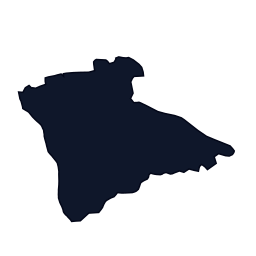 Koysinjaq, Arbil, Iraq, rotated 343°
{"feature_id": "34846034B1648663074204", "entity_name": "Koysinjaq", "entity_type": "district", "adm_level": 2, "iso_a3": "IRQ", "parent_name": "Iraq", "parent_adm1": "Arbil", "projection": "mercator", "projection_center": [44.518, 36.037], "detail": "fine", "context": "isolated", "style": "filled", "palette": "ink", "viewbox_px": 256, "rotation_deg": 343, "n_neighbors": 0, "source": "geoboundaries", "source_scale": "gbopen_adm2", "svg_char_len": 2181}
<svg xmlns="http://www.w3.org/2000/svg" viewBox="0 0 256 256"><g transform="rotate(343 128 128)"><path d="M222.0,182.4L222.9,181.0L222.0,178.4L220.4,175.0L215.3,170.9L207.1,164.3L200.6,158.9L194.1,150.8L184.1,136.5L182.0,133.9L179.7,132.2L176.9,130.2L176.0,129.6L167.6,125.0L161.3,121.0L157.4,117.2L152.7,112.6L147.4,107.7L146.0,106.6L144.1,106.3L140.9,105.4L139.0,100.5L143.0,96.2L143.7,89.0L144.1,84.7L146.7,81.8L148.8,80.4L150.4,80.8L158.1,82.7L158.8,78.9L158.8,74.0L157.1,70.3L153.0,64.5L149.2,60.8L146.7,60.5L143.7,59.3L139.9,57.3L136.7,57.6L136.7,58.5L133.9,61.1L129.0,61.1L127.9,58.2L126.7,56.5L122.3,54.9L117.7,53.2L116.2,53.6L114.5,54.7L114.0,56.6L113.5,59.7L112.9,63.4L106.8,63.2L98.8,60.9L92.0,59.1L85.1,57.6L82.0,57.2L81.5,59.7L79.8,56.8L79.1,56.8L75.6,56.6L73.2,56.6L66.7,55.9L63.5,55.9L62.5,59.1L62.1,62.2L56.4,62.4L51.4,63.0L48.4,61.6L47.5,61.6L45.8,58.4L41.6,59.5L37.9,63.2L33.9,61.6L33.2,68.6L33.6,71.3L33.4,77.0L33.1,78.6L35.3,81.1L36.9,82.8L37.8,84.0L39.0,87.0L40.0,89.5L41.5,92.4L42.3,93.8L42.8,94.7L44.5,97.4L45.7,99.6L46.2,101.5L46.3,103.2L46.7,105.3L46.3,107.5L46.0,109.8L45.5,111.3L45.3,114.4L45.2,119.0L45.0,121.5L44.8,127.3L45.7,129.6L47.2,132.7L47.5,133.6L49.4,138.3L50.2,140.6L50.0,144.7L49.2,149.5L48.4,151.8L46.5,158.6L45.3,162.2L43.5,166.7L43.0,168.4L42.0,171.3L41.5,173.4L41.1,174.6L41.1,177.1L41.1,179.2L41.3,180.8L41.8,183.7L42.0,186.8L41.8,189.3L42.1,190.6L43.0,192.8L43.8,193.9L44.7,196.0L46.2,198.9L46.8,200.9L50.4,201.6L55.3,202.8L65.6,197.9L75.3,200.2L78.6,197.9L80.4,196.5L81.0,195.7L82.5,193.9L84.6,191.9L86.2,191.0L90.9,189.9L94.6,189.6L96.9,188.2L99.0,186.7L103.2,188.4L106.5,189.3L113.2,191.0L115.8,191.0L117.6,190.7L120.0,189.6L122.0,187.0L123.4,185.0L124.4,183.9L127.6,183.0L131.6,182.4L133.2,181.0L134.4,178.7L136.5,177.8L138.3,179.0L139.7,179.8L141.6,180.7L145.3,182.1L147.1,182.1L148.5,181.6L150.4,181.6L151.6,181.8L155.1,184.4L157.1,184.7L159.5,184.4L164.6,184.1L168.5,186.7L174.3,185.0L179.0,187.9L182.7,189.9L184.1,187.3L185.3,185.6L187.8,184.4L188.8,185.6L190.4,187.9L191.8,191.0L202.0,187.6L202.0,180.7L207.1,179.0L213.2,183.0L216.6,184.4L220.1,183.9L222.0,182.4Z" fill="#0f172a" stroke="#020617" stroke-width="1.5"/></g></svg>